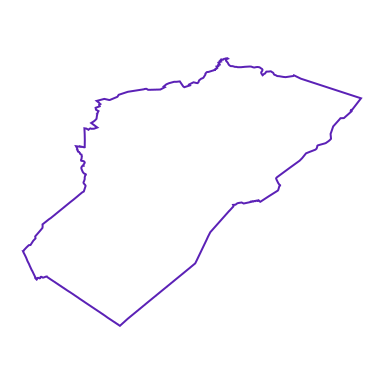 Litenes pag., Gulbene, Latvia
{"feature_id": "27541924B1049309214592", "entity_name": "Litenes pag.", "entity_type": "district", "adm_level": 2, "iso_a3": "LVA", "parent_name": "Latvia", "parent_adm1": "Gulbene", "projection": "natural_earth1", "projection_center": [27.027, 57.173], "detail": "fine", "context": "isolated", "style": "outline", "palette": "violet", "viewbox_px": 384, "rotation_deg": 0, "n_neighbors": 0, "source": "geoboundaries", "source_scale": "gbopen_adm2", "svg_char_len": 5491}
<svg xmlns="http://www.w3.org/2000/svg" viewBox="0 0 384 384"><path d="M220.1,60.8L219.6,61.2L219.7,61.6L219.5,61.9L219.8,62.0L219.2,62.2L218.8,62.4L218.6,62.5L218.8,62.7L219.0,62.9L218.8,63.1L218.9,63.3L218.9,63.9L219.4,63.9L219.6,64.1L219.7,64.4L219.1,64.4L218.6,64.5L218.3,64.5L218.2,64.8L218.4,64.9L218.7,65.5L218.5,65.9L218.5,66.0L218.4,66.1L218.1,66.1L217.7,66.4L217.5,66.5L217.2,66.3L216.9,66.4L216.5,66.5L216.7,66.9L217.2,67.1L217.2,67.3L216.9,67.6L217.0,68.0L216.9,68.1L217.0,68.2L216.6,68.5L216.4,68.8L216.1,68.7L215.6,68.8L215.2,69.1L215.0,69.9L215.0,70.0L213.9,70.1L213.5,70.4L212.3,70.7L211.8,70.9L208.6,71.9L207.4,72.0L206.7,72.2L206.5,72.4L205.6,73.4L205.4,73.7L205.4,74.6L205.0,75.2L203.4,77.7L202.6,78.2L201.2,78.7L199.1,80.4L199.0,80.6L198.5,82.2L197.7,82.8L197.6,83.1L196.3,83.0L195.3,82.7L193.5,82.3L189.1,84.5L189.9,85.4L184.3,87.2L183.2,86.4L179.8,81.4L176.5,81.8L174.1,81.8L169.0,83.2L166.4,84.3L163.7,86.5L164.8,87.2L160.4,89.5L160.0,89.5L157.8,89.6L157.1,89.6L149.9,89.8L148.1,89.8L147.9,89.7L146.6,88.9L146.1,88.8L144.6,89.0L143.8,89.3L127.8,91.8L118.7,94.8L117.4,96.8L110.0,99.9L109.2,100.0L104.3,98.9L96.7,100.9L98.6,102.4L99.1,102.9L100.0,103.9L100.3,104.1L99.1,104.9L99.7,106.3L95.6,107.8L96.0,109.7L98.4,111.1L98.2,111.3L97.8,112.6L97.4,113.2L97.5,113.2L96.9,115.9L96.5,118.8L95.2,120.2L93.9,121.3L91.2,123.0L97.3,127.5L94.0,128.7L91.5,128.8L90.3,128.4L89.3,129.0L88.4,129.8L86.4,128.6L84.4,128.3L84.6,132.2L84.7,134.6L84.8,140.2L84.7,147.2L84.2,147.3L80.2,146.4L80.3,146.8L76.0,146.2L76.8,147.7L77.4,149.2L77.3,149.3L77.6,149.9L77.4,150.0L77.6,150.2L77.7,150.6L77.8,150.9L77.9,151.1L77.9,151.5L78.0,151.6L78.4,151.8L79.1,152.0L79.2,152.3L79.4,152.5L79.6,152.7L79.8,152.8L80.0,153.6L80.2,153.9L80.5,154.1L80.9,154.4L81.5,154.6L81.6,155.1L81.7,155.5L81.7,155.8L81.9,156.3L81.7,156.8L81.7,157.7L81.5,158.8L81.1,159.8L81.0,160.0L81.2,160.7L81.3,160.8L83.0,161.0L84.0,161.4L84.2,161.6L84.7,162.3L84.7,162.7L84.5,162.9L84.4,163.4L83.8,164.3L83.4,164.6L83.4,164.8L83.3,165.2L83.6,165.4L83.6,165.8L83.0,165.7L82.5,165.9L82.0,166.3L81.7,166.7L81.6,167.3L81.3,167.8L81.4,168.6L81.5,168.9L81.8,169.7L82.6,171.6L83.0,172.3L83.8,173.2L84.3,173.6L85.5,174.1L85.8,174.3L85.9,174.7L85.8,174.8L85.3,175.4L85.1,175.8L84.7,177.3L84.7,178.4L84.7,179.2L84.4,180.0L84.2,180.8L83.7,181.8L83.5,182.5L83.6,183.0L83.8,183.4L84.3,184.0L85.2,185.0L85.6,185.9L83.8,191.5L82.2,192.4L78.9,195.1L77.4,196.4L73.4,199.7L70.7,201.8L50.7,218.1L48.9,219.3L42.5,224.4L42.5,224.5L42.6,225.3L42.6,226.9L42.4,228.0L39.9,231.0L35.2,236.4L35.5,238.4L33.3,240.7L30.5,245.0L28.8,245.2L26.4,247.5L23.9,250.2L23.5,251.2L23.0,251.2L23.6,252.6L25.1,255.5L26.2,257.8L27.5,261.1L29.1,264.2L29.6,265.5L31.9,270.5L32.1,270.6L35.3,277.3L35.1,277.3L35.3,278.2L36.7,279.6L36.9,279.4L36.9,278.6L37.1,278.2L37.4,278.0L37.8,277.9L38.2,277.9L38.4,277.9L39.1,278.2L39.6,278.3L39.8,278.3L40.2,278.1L40.3,277.9L40.5,277.3L40.5,277.1L40.7,276.9L41.0,276.8L41.7,276.9L42.5,277.5L43.1,277.6L44.2,277.3L45.2,276.9L46.0,276.6L46.8,276.5L46.9,276.8L50.1,279.0L67.8,290.8L69.7,292.0L69.9,292.1L78.8,298.1L79.0,298.3L84.4,301.9L84.5,302.0L104.8,315.6L107.7,317.7L110.6,319.6L119.9,325.8L127.8,318.7L148.7,301.5L185.5,271.4L195.2,263.4L196.8,260.2L206.4,240.2L208.0,236.7L210.3,232.2L229.2,210.9L229.3,210.9L233.4,206.4L233.5,205.8L233.1,204.9L235.5,204.7L237.0,203.5L238.0,203.1L239.0,202.9L241.6,202.5L243.7,203.5L250.3,202.1L250.2,201.9L251.1,201.4L252.0,201.7L252.3,201.6L252.6,201.2L253.0,201.2L253.5,201.5L253.9,201.3L254.3,201.0L254.6,201.0L255.2,201.1L255.6,201.1L255.8,201.0L255.9,200.8L256.2,200.6L256.9,200.7L257.2,200.8L257.6,201.0L257.9,201.0L258.3,200.7L258.4,200.2L258.5,200.2L259.9,201.6L260.3,201.8L268.9,196.2L277.8,190.6L278.3,189.8L279.2,186.6L279.7,185.6L280.1,185.5L280.1,185.3L280.1,185.2L279.3,184.6L278.3,183.2L276.7,180.0L276.1,178.5L276.2,178.1L276.9,177.3L289.5,168.0L299.6,160.7L302.1,158.2L305.9,153.5L306.1,153.3L310.1,151.7L313.5,150.4L315.1,149.8L315.6,149.5L316.6,148.6L317.4,146.0L317.4,145.7L318.0,145.3L324.9,143.4L325.9,143.0L328.6,141.1L329.9,140.0L331.0,138.8L331.0,138.5L330.9,137.5L330.6,134.2L330.6,133.8L331.0,132.8L333.2,126.4L339.5,119.4L340.3,118.4L340.5,118.2L340.8,118.2L343.6,118.1L344.0,118.0L351.1,111.7L350.9,111.6L350.7,111.2L350.7,110.9L350.9,110.8L351.6,110.8L351.7,110.6L351.3,110.3L351.2,109.9L351.8,109.7L352.1,109.8L361.0,98.3L300.9,78.7L293.9,75.3L293.7,75.7L293.3,76.0L285.9,77.1L285.1,77.1L283.2,76.9L279.1,76.2L277.6,76.1L277.1,76.0L276.1,75.4L274.9,74.9L274.5,74.8L274.0,74.4L273.8,74.0L273.3,73.0L273.0,72.7L272.6,72.4L271.8,72.0L271.2,71.5L270.5,71.3L269.7,71.4L269.4,71.5L267.9,71.6L266.6,71.6L266.3,71.7L266.1,72.0L265.4,72.9L265.3,73.2L265.0,73.5L263.8,74.1L263.2,74.6L262.8,75.2L262.6,75.3L262.2,74.6L261.6,73.8L261.2,72.9L261.2,72.6L261.3,72.1L261.5,71.9L262.2,70.8L262.4,70.2L262.5,69.9L262.4,69.7L262.2,69.2L261.8,68.8L260.9,68.3L260.0,67.6L259.5,67.3L259.0,67.2L257.7,67.0L256.2,67.1L254.9,67.4L254.3,67.5L253.1,67.3L251.2,66.6L249.8,66.5L245.0,66.8L241.0,67.2L237.8,67.2L236.5,66.9L235.0,66.9L233.5,66.4L232.2,66.1L230.8,66.1L230.0,65.7L229.7,65.5L229.1,65.0L228.6,64.4L227.8,62.8L226.8,61.6L226.3,61.0L226.0,60.7L225.9,60.4L226.0,60.1L226.5,59.4L227.1,58.9L227.9,58.6L227.5,58.3L227.2,58.2L226.5,58.4L225.8,58.4L225.3,58.8L224.2,58.8L223.5,59.2L223.1,59.7L222.9,59.7L222.7,59.7L222.1,59.5L221.2,59.4L221.0,59.7L221.2,60.0L220.9,60.1L221.0,60.4L221.1,60.6L220.7,60.8L220.4,60.9L220.2,60.7L220.1,60.8Z" fill="none" stroke="#5b21b6" stroke-width="2"/></svg>